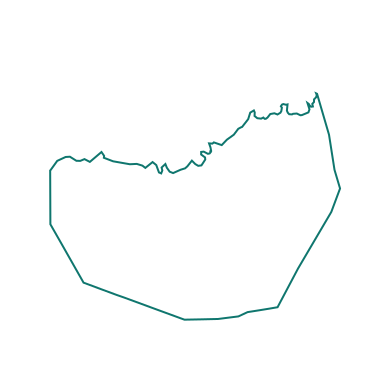 San Bartolomé Loxicha, Oaxaca, Mexico, rotated 14°
{"feature_id": "50627088B20953920134317", "entity_name": "San Bartolomé Loxicha", "entity_type": "district", "adm_level": 2, "iso_a3": "MEX", "parent_name": "Mexico", "parent_adm1": "Oaxaca", "projection": "orthographic", "projection_center": [-96.753, 15.957], "detail": "fine", "context": "isolated", "style": "outline", "palette": "teal", "viewbox_px": 384, "rotation_deg": 14, "n_neighbors": 0, "source": "geoboundaries", "source_scale": "gbopen_adm2", "svg_char_len": 1627}
<svg xmlns="http://www.w3.org/2000/svg" viewBox="0 0 384 384"><g transform="rotate(14 192 192)"><path d="M302.9,283.1L313.4,240.6L332.0,177.6L334.8,152.8L334.7,152.6L324.9,136.0L311.1,103.3L289.6,66.5L288.6,66.3L289.6,67.7L289.5,70.0L288.8,71.3L288.0,72.6L288.6,75.2L287.4,77.4L288.6,79.8L286.9,80.5L285.2,79.6L284.0,78.3L282.5,77.7L286.0,83.4L285.7,86.6L280.0,90.8L278.6,91.3L274.7,90.5L271.1,91.7L270.3,92.5L267.5,93.0L265.8,91.9L264.4,90.1L263.5,83.9L262.1,84.6L259.3,84.6L258.2,85.4L257.5,87.3L258.8,88.4L259.1,91.9L258.6,93.7L256.2,96.1L252.9,95.7L249.1,97.4L247.2,101.6L245.9,103.1L244.7,103.4L243.2,102.5L241.3,104.1L237.5,104.6L234.3,103.1L233.6,99.6L232.3,97.9L229.3,100.9L228.9,107.7L224.9,116.7L223.9,117.4L221.6,119.5L218.7,126.3L213.2,132.8L209.5,139.3L201.2,138.6L200.1,140.1L196.8,140.7L199.1,144.2L200.5,147.2L200.0,147.5L199.9,148.0L200.6,148.5L199.8,150.3L198.2,151.1L193.6,150.0L191.2,150.9L191.8,153.4L196.3,155.3L197.0,157.3L195.7,161.1L194.7,163.9L191.7,165.1L188.4,164.1L184.3,161.6L181.3,168.2L179.6,170.7L175.5,173.2L169.1,178.2L165.4,177.7L161.7,174.5L159.4,171.3L156.6,175.6L158.0,178.3L157.6,181.4L155.2,181.0L150.8,174.5L146.5,172.5L140.9,179.9L137.5,178.4L131.6,178.1L125.0,180.1L108.0,181.3L98.2,180.1L98.0,178.2L94.5,175.1L85.6,187.5L79.7,186.1L76.1,188.8L72.3,189.7L65.0,187.3L60.9,188.6L53.7,194.4L49.3,205.4L49.2,205.5L62.4,257.6L75.8,271.6L108.7,306.2L129.2,308.5L143.7,310.1L151.4,310.8L179.1,313.8L195.9,315.6L213.6,317.5L215.6,317.7L232.3,313.2L248.0,308.9L260.1,304.2L267.1,301.5L275.0,295.1L286.1,290.4L295.4,286.4L302.9,283.1Z" fill="none" stroke="#0f766e" stroke-width="2"/></g></svg>